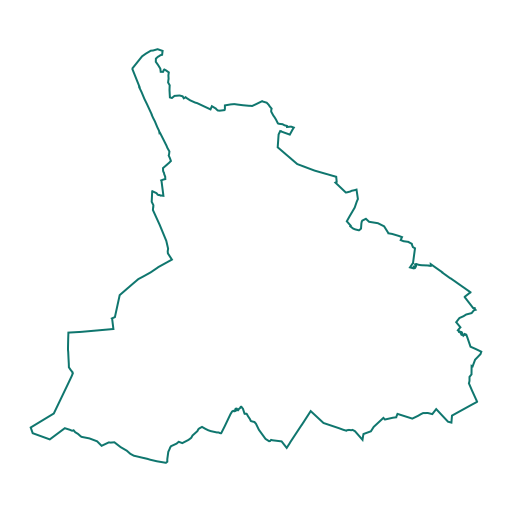 Mālpils pag., Malpils, Latvia
{"feature_id": "27541924B96733922651524", "entity_name": "Mālpils pag.", "entity_type": "district", "adm_level": 2, "iso_a3": "LVA", "parent_name": "Latvia", "parent_adm1": "Malpils", "projection": "mercator", "projection_center": [24.972, 57.014], "detail": "fine", "context": "isolated", "style": "outline", "palette": "teal", "viewbox_px": 512, "rotation_deg": 0, "n_neighbors": 0, "source": "geoboundaries", "source_scale": "gbopen_adm2", "svg_char_len": 5895}
<svg xmlns="http://www.w3.org/2000/svg" viewBox="0 0 512 512"><path d="M477.0,401.9L477.1,401.7L471.9,390.3L468.9,383.3L469.2,382.3L469.5,380.8L469.5,378.5L469.5,377.2L469.5,376.9L471.5,374.4L471.6,365.9L472.6,366.4L475.1,359.7L480.5,354.1L481.3,351.7L475.7,349.0L470.5,346.7L467.4,337.6L466.3,334.7L465.2,334.9L464.8,334.8L465.1,334.2L464.9,334.0L464.6,333.9L464.2,334.2L464.2,334.4L463.5,334.8L463.7,335.3L463.4,335.6L463.2,335.0L461.7,334.9L461.3,334.6L461.0,333.7L461.1,333.0L461.1,332.8L461.3,332.7L461.5,332.7L462.1,333.2L462.1,332.8L462.0,332.6L461.9,332.6L461.5,332.1L461.3,332.0L460.9,332.1L460.5,331.9L460.4,332.1L460.5,332.6L460.2,332.6L459.5,331.9L459.0,331.9L458.9,330.9L458.7,330.7L457.9,330.5L457.8,330.4L460.2,327.5L460.4,327.3L456.2,322.2L459.2,318.3L459.5,318.0L463.5,316.2L466.2,314.5L471.6,313.1L474.0,310.2L475.5,309.8L474.8,308.9L474.7,308.1L473.1,308.0L464.7,297.1L464.7,296.8L470.2,292.5L470.4,292.5L470.5,292.3L450.7,278.4L450.3,278.3L450.0,278.1L442.2,272.5L442.3,272.3L430.7,264.1L430.7,265.9L428.8,265.7L428.5,265.5L421.1,265.2L418.6,264.8L416.2,264.0L415.2,264.3L415.3,264.6L415.2,264.8L415.3,265.0L415.6,265.6L415.9,265.1L416.0,265.1L416.1,265.3L416.0,265.8L415.8,266.1L415.9,266.5L415.8,266.8L414.7,267.6L414.0,266.7L413.7,266.6L413.5,266.9L413.4,267.6L413.5,267.8L414.1,268.3L413.7,268.4L410.0,267.4L412.9,263.1L413.0,263.1L415.0,248.3L412.9,247.1L412.0,244.8L411.8,243.8L408.6,242.1L408.5,241.9L403.5,241.2L400.7,240.1L401.6,237.9L402.0,237.1L398.7,235.9L392.0,233.9L388.4,233.3L388.4,233.1L387.3,231.4L384.1,226.3L377.9,223.2L369.1,221.8L365.9,218.8L362.3,220.6L361.8,221.5L361.4,223.4L361.0,228.6L359.9,229.6L359.2,230.2L358.9,230.3L355.2,229.4L353.2,228.6L350.3,226.3L350.7,225.7L346.8,221.3L349.6,216.3L354.7,207.6L356.8,201.5L357.9,199.0L356.5,189.6L354.5,190.2L351.6,190.8L350.3,191.5L346.8,192.4L345.8,192.5L335.4,182.6L336.7,181.9L336.2,176.8L314.6,170.6L297.3,164.1L277.7,147.3L278.6,134.5L280.2,131.1L280.7,131.3L281.0,131.2L281.2,131.5L289.8,134.6L292.6,129.5L293.8,127.6L291.3,126.7L290.0,126.7L287.0,127.0L286.9,125.9L284.5,125.3L282.5,124.2L279.0,123.8L277.9,123.4L276.0,119.6L274.6,117.3L273.3,115.5L271.4,112.0L271.2,111.5L271.2,110.9L271.3,109.7L271.6,108.6L269.8,106.5L268.6,104.7L266.7,102.7L262.3,101.4L262.1,101.2L256.0,104.2L252.1,106.0L250.4,105.8L249.1,105.8L242.6,105.2L237.1,104.5L234.4,104.1L230.7,104.4L224.9,105.4L224.9,109.0L224.5,110.1L219.6,110.7L217.8,110.5L216.3,109.2L215.8,108.5L215.4,108.3L211.9,106.2L210.5,109.4L197.1,103.1L195.6,102.7L195.4,102.7L190.1,100.3L185.9,97.6L185.6,97.2L183.8,98.3L182.6,96.3L180.0,95.6L179.5,95.5L174.5,95.9L171.9,98.0L169.9,97.4L169.5,90.1L169.6,86.7L169.7,85.3L168.1,82.5L168.4,79.8L168.6,79.0L168.4,75.4L168.8,72.4L165.7,70.2L164.3,69.5L163.6,70.3L163.2,71.7L163.0,71.9L160.7,71.8L160.6,70.9L160.3,68.6L158.0,64.9L155.8,61.8L155.9,58.6L157.9,56.8L159.5,55.9L160.4,55.2L162.1,54.8L162.6,50.9L157.6,49.2L153.1,50.5L150.8,50.7L145.9,53.6L142.1,56.3L132.8,67.9L132.6,68.1L132.4,69.1L139.4,86.6L139.1,86.6L139.1,87.0L141.6,92.2L144.4,98.9L147.0,104.2L151.8,114.6L151.7,114.8L153.0,117.7L154.9,121.4L157.3,127.2L159.0,130.7L159.5,133.1L160.0,132.8L163.5,139.7L166.5,145.7L167.3,147.7L169.4,151.5L169.1,154.0L168.8,155.3L168.7,155.5L170.0,158.4L170.9,161.0L169.1,162.8L163.0,168.1L163.1,170.9L163.4,171.8L164.0,172.9L164.2,174.1L165.2,176.7L165.3,179.1L163.5,179.5L161.2,180.4L161.5,181.0L163.2,194.1L163.4,195.8L160.9,195.5L160.5,195.6L159.6,195.0L159.0,195.1L158.4,195.0L157.8,194.7L157.5,194.5L157.5,194.4L157.3,194.1L156.9,193.6L156.4,193.1L152.3,191.2L152.2,191.4L151.7,201.8L153.3,205.0L153.4,205.4L153.3,206.9L153.2,206.9L152.9,210.0L158.1,221.4L159.7,224.9L166.3,240.9L168.1,248.7L167.7,251.3L167.9,253.4L171.9,259.6L158.3,267.1L157.4,267.8L150.6,272.4L143.4,276.4L138.3,279.1L131.5,284.9L119.7,295.1L114.9,317.1L112.0,318.4L112.1,318.5L113.4,329.0L80.9,331.9L68.4,332.6L68.2,338.5L68.0,347.6L68.0,350.0L68.2,351.9L68.5,358.3L68.8,363.7L68.9,367.3L70.7,370.0L72.6,372.3L72.4,372.8L72.8,373.4L71.6,376.3L66.9,386.2L53.8,413.5L30.7,427.5L32.7,433.2L49.8,439.4L64.8,428.2L69.9,429.8L71.7,430.6L72.5,430.7L73.6,430.3L75.2,432.2L78.0,433.9L80.8,436.4L81.7,436.9L89.4,438.4L97.1,441.3L101.6,445.8L108.8,442.4L110.6,442.6L114.4,442.3L120.6,447.1L126.8,450.7L130.3,453.8L133.8,455.7L147.9,459.0L150.1,459.7L157.0,461.3L165.9,462.8L167.3,461.7L167.3,459.1L168.3,451.8L169.6,449.0L170.1,447.6L171.0,446.2L176.6,443.6L178.7,441.8L182.3,443.1L188.5,439.9L191.0,438.0L191.3,437.7L192.5,435.5L197.4,431.1L198.3,429.3L199.3,428.4L202.0,426.9L205.3,428.8L208.1,430.2L210.7,431.1L217.1,432.5L217.8,432.4L218.7,432.5L219.7,433.0L221.0,433.3L221.2,433.2L224.7,426.3L230.5,414.1L232.1,411.5L233.3,410.8L233.6,410.9L233.9,411.2L234.1,411.3L235.0,411.1L235.9,410.7L236.0,410.5L235.9,410.3L235.4,409.9L235.2,409.6L235.5,408.9L236.0,408.6L236.7,408.6L237.2,409.1L237.3,409.9L237.5,410.1L238.0,410.3L238.2,410.1L238.4,409.9L238.7,409.1L239.9,408.2L240.2,407.8L240.7,406.9L241.1,406.7L241.4,406.8L243.0,408.9L244.4,413.3L244.6,413.8L245.0,413.9L245.7,413.7L246.3,413.7L246.8,414.0L248.0,416.2L250.0,419.2L250.7,420.8L251.0,421.1L252.8,421.6L254.5,422.0L254.6,422.3L255.9,423.6L258.9,429.8L265.5,438.9L269.1,441.2L270.1,441.0L271.1,439.9L272.7,440.3L281.6,441.4L286.7,447.9L289.6,443.4L290.4,442.0L300.7,426.4L301.9,424.6L302.0,424.6L303.1,422.8L303.4,422.5L303.4,422.4L310.7,411.1L323.5,423.0L339.0,428.2L343.3,429.8L346.4,430.7L347.2,430.1L348.2,430.1L348.9,429.9L351.0,430.2L351.4,430.2L352.5,429.9L353.3,430.3L354.0,430.7L354.6,430.9L355.5,431.8L362.5,439.8L362.9,437.2L363.1,435.9L363.5,434.0L370.9,431.3L373.7,426.9L383.4,417.9L384.9,419.5L385.0,419.5L393.0,417.7L396.2,417.3L396.2,417.1L397.5,413.9L412.3,418.6L418.1,415.8L420.8,414.2L423.0,413.1L427.8,413.0L432.3,414.1L436.2,409.1L448.0,421.7L451.4,422.6L452.0,415.6L458.5,412.0L472.3,404.4L477.0,401.9Z" fill="none" stroke="#0f766e" stroke-width="2"/></svg>